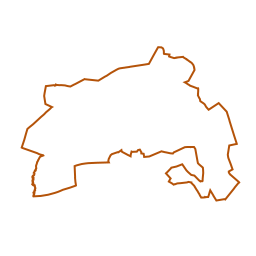 Mērdzenes pag., Karsavas, Latvia (orthographic projection), rotated 356°
{"feature_id": "27541924B39657659213866", "entity_name": "Mērdzenes pag.", "entity_type": "district", "adm_level": 2, "iso_a3": "LVA", "parent_name": "Latvia", "parent_adm1": "Karsavas", "projection": "orthographic", "projection_center": [27.72, 56.696], "detail": "fine", "context": "isolated", "style": "outline", "palette": "amber", "viewbox_px": 256, "rotation_deg": 356, "n_neighbors": 0, "source": "geoboundaries", "source_scale": "gbopen_adm2", "svg_char_len": 5233}
<svg xmlns="http://www.w3.org/2000/svg" viewBox="0 0 256 256"><g transform="rotate(356 128 128)"><path d="M163.7,49.5L163.4,49.9L158.3,57.7L153.3,65.5L149.0,65.9L134.0,67.1L133.8,67.2L129.5,67.5L128.8,67.6L128.3,67.6L124.2,67.9L122.7,68.2L120.3,69.2L119.1,69.8L114.7,71.9L110.4,74.4L108.7,75.1L101.7,78.7L88.2,76.3L88.1,76.2L78.4,80.5L77.3,80.9L73.4,82.6L70.8,82.0L68.1,81.1L64.6,80.6L62.6,80.5L60.0,80.1L59.0,79.6L58.8,80.0L58.7,80.5L57.9,80.7L57.2,80.1L49.0,80.5L48.0,84.4L47.2,87.5L46.6,90.2L47.3,98.3L48.9,99.2L49.3,99.4L53.6,101.8L53.2,102.0L52.6,102.5L52.2,102.9L50.6,104.2L47.3,106.6L45.7,108.1L44.6,109.0L42.0,110.9L37.4,114.6L36.9,115.0L33.5,117.7L29.9,120.2L27.6,121.9L25.8,126.7L23.7,132.6L20.6,140.1L21.4,140.6L35.5,146.7L37.9,148.1L41.5,149.3L41.6,149.5L39.6,150.1L39.0,150.2L38.4,150.6L38.1,150.8L37.7,151.4L37.6,151.5L37.4,151.8L37.2,152.1L37.2,152.3L37.0,152.6L36.8,152.8L36.6,153.2L36.4,153.4L36.2,153.6L36.1,154.1L35.8,154.4L35.7,154.8L35.1,155.7L34.9,155.8L34.9,156.0L34.6,157.1L34.4,157.5L34.1,158.2L33.7,159.1L33.6,159.7L33.6,160.9L33.7,161.6L33.7,161.8L33.6,162.0L33.3,162.2L33.2,162.5L33.2,163.0L33.1,163.5L33.0,163.8L32.3,163.7L32.1,163.9L32.2,164.5L32.1,164.8L31.4,165.4L31.0,165.9L30.9,166.1L31.1,166.2L31.4,166.8L31.5,167.0L31.4,167.3L31.2,168.1L31.1,168.4L30.8,168.6L30.3,168.6L29.6,169.2L29.4,169.7L29.1,170.2L29.2,170.4L29.3,170.4L29.9,170.3L30.0,170.4L29.8,170.5L29.7,170.7L29.7,170.9L29.4,171.2L29.4,171.5L29.5,171.6L30.1,171.7L30.2,171.8L30.2,172.0L30.1,172.4L30.1,173.0L29.9,173.1L29.3,173.2L29.2,173.2L29.1,173.4L29.0,173.7L29.0,174.3L29.3,174.4L29.5,174.8L29.5,175.0L29.3,175.1L29.1,175.4L29.1,175.6L29.4,175.9L29.6,176.0L29.7,176.4L29.7,176.5L29.2,176.5L28.9,176.8L28.6,177.5L28.8,177.6L29.0,177.8L29.1,178.2L29.6,178.6L29.9,178.7L30.6,178.4L30.9,178.5L31.0,178.7L31.0,178.8L30.9,179.0L30.8,179.4L30.9,179.5L31.0,179.6L31.1,179.8L31.0,180.4L31.1,180.8L31.4,181.3L31.4,181.7L31.3,181.9L31.2,181.9L31.2,182.0L30.8,182.5L30.7,182.8L30.7,183.1L31.0,183.4L31.0,183.5L31.0,183.9L30.9,184.0L30.5,184.2L30.3,184.1L30.2,183.7L30.1,184.3L30.2,184.7L30.2,185.0L30.2,185.4L30.2,185.5L29.7,185.4L29.2,185.7L29.1,185.9L29.1,186.1L29.7,186.7L29.9,187.1L29.7,187.8L29.4,187.9L29.2,188.1L29.1,188.3L28.9,188.9L28.9,189.2L28.8,189.4L28.9,189.6L36.2,189.7L43.7,189.0L50.7,187.6L53.8,186.8L56.5,185.9L58.7,185.1L66.2,183.4L72.0,181.8L72.1,181.7L72.0,180.4L71.8,178.2L71.7,173.7L71.8,173.5L72.1,162.3L74.1,161.7L78.3,160.9L79.4,160.7L83.5,160.4L86.0,160.3L94.3,160.5L106.5,161.0L106.1,159.8L106.1,159.4L106.6,157.6L107.7,155.7L108.7,154.0L108.8,153.9L110.4,152.8L110.6,152.8L111.1,152.7L115.9,151.4L116.1,151.4L116.4,151.6L116.6,151.6L119.9,149.6L120.1,151.0L120.6,151.5L125.1,154.3L125.5,154.6L126.9,155.4L128.6,156.4L128.7,155.7L128.9,154.7L129.9,151.8L130.4,152.1L135.2,152.2L135.3,152.1L136.5,150.7L138.0,150.5L138.3,150.4L138.5,150.7L139.4,152.8L139.6,153.0L139.5,154.3L141.8,154.8L141.9,155.9L142.1,158.0L147.2,157.9L159.8,153.6L161.1,154.1L161.4,154.1L162.1,154.4L163.5,154.8L164.0,154.9L168.5,156.2L171.0,156.6L172.0,155.5L183.4,151.1L185.6,151.1L188.7,151.3L188.9,151.4L189.0,151.3L192.6,151.6L192.8,152.0L193.0,152.4L193.7,153.7L194.2,158.4L195.0,165.7L195.3,168.0L196.4,169.3L199.9,172.7L200.0,174.8L199.9,178.2L199.0,183.5L198.7,186.0L198.3,186.3L196.6,186.1L196.3,185.9L196.2,186.1L195.2,185.2L190.9,180.1L187.8,179.2L184.7,176.0L183.3,174.3L179.6,168.0L179.2,168.1L173.7,169.8L168.5,170.6L167.7,171.5L164.5,174.4L162.7,175.9L167.0,181.3L166.2,182.4L165.0,184.3L165.8,184.8L168.1,186.4L169.6,187.7L170.7,187.3L171.0,187.4L173.3,186.7L176.3,186.7L183.1,186.4L184.5,186.0L187.3,186.7L187.2,187.0L189.8,190.0L190.0,190.2L190.4,191.2L190.5,191.2L191.1,192.4L191.1,192.5L192.5,195.1L192.7,195.3L194.1,198.2L194.5,198.8L195.0,200.2L196.2,202.5L198.7,202.6L200.3,202.5L200.3,202.3L200.6,202.4L200.8,202.4L203.2,202.4L204.5,199.1L205.0,197.6L205.7,195.9L208.5,201.4L208.5,201.6L211.1,206.5L219.2,205.7L219.4,205.7L220.0,206.1L229.9,195.4L230.1,195.0L234.1,190.8L234.7,190.4L235.1,190.1L234.8,189.6L234.4,189.2L232.2,187.0L227.0,181.8L226.8,181.7L226.7,181.4L226.5,181.2L226.4,181.1L226.2,180.8L225.5,179.5L225.5,179.1L225.5,178.4L229.4,176.6L229.2,175.9L228.8,174.4L227.9,171.1L226.1,165.2L225.9,164.2L225.7,161.7L225.8,161.1L227.8,152.5L234.2,151.6L234.3,151.6L235.4,151.5L235.4,151.3L233.4,143.3L231.4,134.9L229.8,128.1L229.6,126.9L227.6,118.6L220.2,109.5L209.7,115.4L208.4,113.7L207.3,112.2L207.1,111.8L206.8,111.0L206.1,109.7L205.1,108.7L202.0,106.3L201.7,104.0L201.4,103.5L201.2,103.1L200.9,102.4L200.1,100.5L200.0,100.1L200.1,99.9L200.2,99.7L200.2,99.3L200.2,98.9L200.2,98.5L200.4,98.0L200.4,97.3L200.6,96.1L200.6,95.7L200.8,93.9L200.7,93.3L199.8,93.3L195.6,91.3L195.4,91.2L195.1,91.1L193.1,90.2L192.8,90.1L192.6,89.9L192.5,89.7L191.5,89.0L191.3,88.9L189.1,87.2L187.9,86.4L191.6,85.3L198.4,74.8L198.3,73.8L198.2,73.1L198.3,73.1L198.2,72.1L197.6,69.8L196.3,67.8L194.8,66.4L194.6,66.4L192.4,64.5L191.7,64.0L191.7,63.9L191.2,63.7L191.0,63.3L190.9,63.3L187.7,61.0L187.7,60.9L181.3,61.1L181.3,61.3L178.9,61.5L175.5,60.2L174.0,59.5L174.4,58.0L174.5,57.6L169.1,56.6L169.0,56.4L169.1,53.8L169.1,53.5L169.1,53.3L168.5,51.1L167.0,49.9L166.9,49.9L163.7,49.5Z" fill="none" stroke="#b45309" stroke-width="2"/></g></svg>